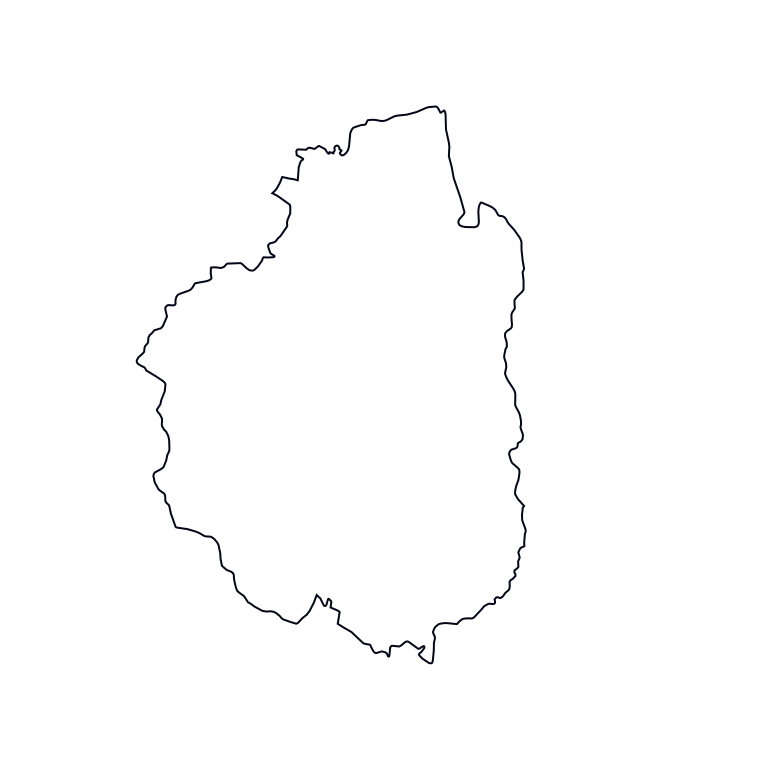 outline of Tan Ky, Nghệ An, Vietnam, rotated 306°
{"feature_id": "81297802B12421029194754", "entity_name": "Tan Ky", "entity_type": "district", "adm_level": 2, "iso_a3": "VNM", "parent_name": "Vietnam", "parent_adm1": "Nghệ An", "projection": "equal_earth", "projection_center": [105.224, 19.102], "detail": "fine", "context": "isolated", "style": "outline", "palette": "ink", "viewbox_px": 768, "rotation_deg": 306, "n_neighbors": 0, "source": "geoboundaries", "source_scale": "gbopen_adm2", "svg_char_len": 6166}
<svg xmlns="http://www.w3.org/2000/svg" viewBox="0 0 768 768"><g transform="rotate(306 384 384)"><path d="M367.7,569.0L369.5,560.4L371.7,555.2L372.3,554.5L374.5,553.0L378.6,551.1L385.5,549.1L391.3,546.1L393.7,544.3L394.4,543.3L394.8,541.1L395.4,534.3L395.8,533.2L397.5,530.5L400.8,526.4L401.5,526.0L403.5,525.5L405.5,525.5L409.5,528.4L411.0,528.9L412.8,528.3L414.4,527.2L415.7,527.4L417.7,528.4L420.2,528.6L420.9,528.5L424.6,526.3L428.4,520.7L429.5,519.7L432.1,518.5L435.3,515.9L438.9,512.0L440.5,509.4L443.2,503.8L444.2,502.4L452.6,496.5L454.6,494.5L456.3,491.2L459.6,482.4L461.7,478.4L463.0,476.5L464.0,475.5L469.6,473.0L472.6,470.4L476.0,465.7L477.9,464.4L483.7,461.8L486.6,461.4L490.1,458.5L493.1,454.5L495.3,452.6L497.1,452.2L499.2,452.4L503.7,454.0L505.4,453.8L507.6,452.4L511.1,449.3L515.2,446.2L517.5,445.6L521.5,445.5L522.4,445.2L527.4,441.0L529.1,440.2L532.7,440.3L540.4,441.6L542.5,441.3L549.6,436.2L555.8,430.5L559.0,429.8L560.0,429.2L565.4,423.6L573.4,416.4L579.5,411.9L581.0,410.0L582.2,407.7L585.3,398.5L586.9,390.8L587.7,388.6L589.0,386.1L589.6,384.1L589.6,382.1L589.1,380.6L587.9,378.5L587.8,377.8L587.8,377.2L590.3,371.5L590.5,367.8L590.1,364.9L588.2,356.5L587.9,355.9L586.8,355.7L584.5,356.1L582.1,357.1L578.8,359.1L570.6,365.7L568.2,366.7L567.1,366.7L565.9,366.5L563.9,364.9L558.8,357.5L557.2,354.0L557.0,351.3L558.2,349.4L559.5,348.5L561.5,348.1L568.3,348.7L570.3,348.1L579.9,336.0L591.6,319.3L599.4,311.2L606.4,302.6L614.4,297.4L617.5,294.5L626.4,284.5L638.0,275.6L639.6,273.9L640.4,272.7L640.5,271.8L636.9,270.5L636.7,270.1L638.9,265.7L639.3,264.0L638.9,262.7L634.5,257.7L632.5,256.0L623.3,250.6L615.4,244.2L609.2,237.3L606.9,235.2L598.8,230.9L597.1,229.6L595.3,227.5L592.8,222.3L591.2,219.6L588.0,215.9L587.3,215.8L583.7,216.5L583.0,216.3L582.3,215.9L579.7,213.0L573.4,208.6L571.2,208.4L567.2,209.2L556.1,215.8L552.2,217.4L549.4,217.6L546.4,217.1L545.0,216.5L544.1,215.3L544.4,213.2L545.3,212.3L547.2,212.6L547.8,212.4L548.0,211.6L547.7,210.0L548.8,209.1L549.3,208.2L549.6,207.0L549.2,205.7L547.7,204.8L546.1,205.0L543.9,206.9L541.8,207.0L540.9,207.5L540.5,206.9L540.7,206.0L540.0,205.1L539.5,203.7L538.0,204.1L537.7,203.6L538.2,201.1L539.4,198.3L538.5,191.8L538.1,191.2L533.4,189.7L531.5,185.1L530.8,184.3L529.9,183.7L528.2,183.5L527.6,183.1L523.3,176.6L522.7,176.1L520.8,176.2L517.8,178.9L518.7,185.3L518.5,186.3L517.9,186.5L515.8,185.8L513.8,186.1L509.3,187.6L498.1,194.5L496.4,190.1L494.6,186.8L491.6,180.0L485.7,181.5L479.6,182.3L476.3,182.2L472.7,181.5L473.6,187.4L473.7,201.4L473.6,202.4L473.1,203.3L471.5,204.6L467.0,207.8L459.8,209.6L457.3,210.8L455.2,212.7L453.8,213.0L442.8,213.3L439.7,212.6L435.7,212.5L434.6,212.1L432.7,210.8L430.5,208.9L428.0,208.7L426.4,210.3L423.3,214.8L422.9,216.0L423.3,219.9L422.7,220.5L422.3,220.5L421.7,220.1L418.7,216.5L415.6,212.0L414.6,212.0L411.9,212.8L404.9,212.9L400.3,212.1L399.2,211.6L398.3,210.8L397.2,208.9L396.9,207.5L396.9,204.5L397.7,198.6L397.5,196.9L389.4,186.6L388.6,186.2L384.7,185.7L382.1,184.0L379.2,178.9L376.8,175.8L376.4,175.6L371.8,178.7L368.0,182.3L366.6,182.2L364.5,181.2L362.7,179.8L354.8,172.3L353.9,171.9L349.6,172.4L346.8,172.1L345.3,171.5L336.6,165.6L334.8,164.8L332.6,164.8L331.0,165.3L329.0,166.2L326.4,168.2L325.0,168.3L323.7,167.3L321.0,163.0L319.6,162.3L318.0,162.1L317.0,162.4L315.7,163.4L311.0,168.8L300.8,171.1L297.8,170.7L292.6,166.7L287.6,166.2L285.8,165.7L283.1,166.1L279.3,168.5L278.0,168.8L273.9,168.5L272.7,168.9L269.1,171.0L267.0,170.9L261.2,169.7L258.1,170.0L256.9,170.7L256.1,171.7L255.7,173.4L256.0,177.1L256.6,180.1L256.3,181.7L255.2,183.6L256.1,194.3L256.5,202.9L256.2,205.9L255.2,207.4L250.0,210.5L248.5,211.1L240.0,213.3L236.1,215.0L230.0,215.3L229.4,215.6L228.6,217.1L227.5,221.0L225.6,224.6L223.5,226.3L220.9,227.8L219.4,229.3L217.9,232.7L217.3,235.9L215.4,239.5L214.1,241.3L211.9,243.5L205.3,248.6L203.3,249.7L199.0,250.5L194.0,252.8L187.0,254.5L183.7,253.5L178.0,250.7L176.1,250.6L174.0,251.5L169.6,256.4L166.4,263.3L166.1,264.5L166.1,270.3L165.8,271.3L164.9,272.7L161.0,275.7L160.3,276.9L160.0,277.9L159.5,281.5L153.8,287.9L146.0,299.3L145.9,300.2L146.3,301.2L151.0,310.2L153.8,317.9L154.9,322.3L155.4,327.7L156.0,329.5L158.5,333.3L158.9,335.3L158.8,338.0L157.7,342.3L156.3,345.0L150.5,351.3L146.3,354.7L141.9,359.5L141.6,360.3L141.1,365.9L142.3,370.8L142.2,372.9L141.5,374.4L138.0,377.4L134.3,381.4L131.7,384.7L130.4,386.9L130.1,389.1L130.1,395.4L127.5,402.4L127.9,405.6L127.8,409.8L128.9,418.5L129.4,420.0L131.2,423.2L133.5,425.8L134.9,428.8L135.3,431.3L135.2,433.3L135.1,435.7L134.3,438.8L134.3,440.8L136.7,448.8L138.5,453.9L140.0,454.8L146.5,455.6L151.9,457.1L156.6,457.2L165.8,455.8L173.7,453.6L173.1,458.6L169.5,465.4L169.4,466.1L169.9,467.0L170.6,467.2L171.5,467.2L176.7,465.3L177.5,465.3L177.7,465.6L177.3,468.7L176.4,469.7L171.8,472.1L173.6,480.2L173.4,482.2L162.8,487.5L163.3,494.9L164.2,503.4L162.1,519.7L163.0,522.2L164.7,525.5L164.8,526.1L162.5,530.4L161.4,533.0L161.2,534.2L161.3,535.0L162.2,536.3L166.0,539.0L166.8,540.3L167.7,542.8L167.7,544.6L166.1,547.2L166.3,548.1L166.6,548.3L167.6,547.9L174.1,544.1L175.1,543.8L176.5,544.0L177.1,544.6L180.6,550.6L182.6,551.6L188.0,552.9L189.4,554.1L189.9,555.6L189.9,567.2L190.4,568.0L194.3,569.5L195.1,570.0L195.4,570.6L195.0,571.2L193.9,571.8L188.9,571.7L187.1,571.1L186.0,571.1L185.2,572.0L184.4,576.8L184.7,584.2L185.1,585.3L185.9,586.4L186.6,586.8L188.4,586.4L197.7,580.9L204.0,576.5L208.1,574.8L209.3,573.8L211.2,570.5L212.2,569.4L214.7,568.6L217.7,568.3L221.2,569.2L222.3,569.7L224.7,571.9L227.1,574.7L232.6,584.1L236.1,584.5L240.1,585.7L241.9,587.4L244.3,590.4L246.0,593.0L248.0,594.0L258.1,595.3L263.3,595.7L266.8,597.3L268.2,598.4L270.0,601.5L270.9,602.2L271.8,602.5L272.7,602.2L274.8,600.1L276.5,600.2L277.4,600.3L278.3,601.2L279.0,603.7L280.2,604.5L282.3,605.0L286.6,605.0L290.2,605.9L291.6,605.9L293.9,604.9L297.7,601.9L299.8,601.7L301.9,602.7L306.0,603.2L307.5,602.0L308.0,600.5L309.1,599.5L310.0,599.2L313.4,600.2L315.0,600.2L319.5,596.7L323.1,595.9L324.3,594.7L326.4,592.0L327.2,591.5L331.1,590.8L333.0,591.5L335.2,592.9L338.3,590.5L345.2,586.3L348.2,585.2L349.7,583.8L355.1,575.8L359.2,572.6L365.5,569.0L367.7,569.0Z" fill="none" stroke="#020617" stroke-width="2"/></g></svg>